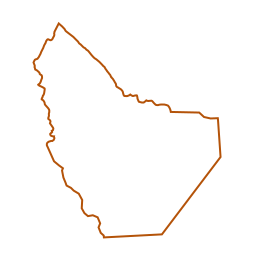 the district of Nkue, Kié-Ntem, Equatorial Guinea, rotated 87°
{"feature_id": "11065452B3926826010895", "entity_name": "Nkue", "entity_type": "district", "adm_level": 2, "iso_a3": "GNQ", "parent_name": "Equatorial Guinea", "parent_adm1": "Kié-Ntem", "projection": "orthographic", "projection_center": [10.46, 2.021], "detail": "fine", "context": "isolated", "style": "outline", "palette": "amber", "viewbox_px": 256, "rotation_deg": 87, "n_neighbors": 0, "source": "geoboundaries", "source_scale": "gbopen_adm2", "svg_char_len": 4101}
<svg xmlns="http://www.w3.org/2000/svg" viewBox="0 0 256 256"><g transform="rotate(87 128 128)"><path d="M236.0,157.8L236.0,157.7L236.0,130.0L236.0,128.3L236.0,99.7L202.6,71.5L202.1,71.1L161.8,37.1L124.6,37.7L122.9,37.8L122.8,45.0L121.0,51.5L116.3,56.1L114.2,84.4L112.9,84.6L111.6,84.9L109.5,85.7L107.8,86.8L107.1,88.3L106.5,90.4L106.3,92.9L106.3,94.1L106.4,95.6L106.7,96.6L106.7,96.9L106.7,97.2L106.5,98.6L106.4,98.7L106.4,98.8L106.3,99.0L106.1,99.3L104.7,100.6L102.4,102.4L102.0,103.1L102.0,104.5L102.1,106.3L102.0,106.6L102.0,106.9L101.6,108.0L101.4,108.3L101.7,108.6L101.9,108.8L103.2,110.7L103.2,110.8L103.3,110.9L103.3,111.1L103.4,111.4L103.4,111.5L103.3,112.8L103.2,113.0L102.6,115.1L102.4,115.4L102.3,115.6L102.2,115.7L102.2,115.8L101.9,115.9L101.7,116.1L99.4,116.9L99.2,116.9L99.0,117.0L98.0,117.0L96.4,117.3L96.0,117.4L95.8,118.0L96.0,119.8L96.3,121.0L96.3,121.5L96.2,121.8L96.1,122.0L95.4,123.2L95.3,123.3L95.2,123.4L94.8,123.9L94.7,124.0L95.4,125.1L95.5,125.3L96.0,126.8L96.0,127.1L96.1,127.4L95.9,129.3L95.9,129.6L95.8,129.8L95.7,130.0L95.5,130.3L95.3,130.4L95.1,130.5L94.9,130.6L92.9,131.1L92.7,131.1L91.6,131.3L90.5,131.8L89.4,132.7L88.7,133.4L88.1,134.4L88.0,134.5L87.2,135.6L86.4,136.9L86.1,137.1L85.9,137.3L85.5,137.5L85.2,137.6L84.0,137.7L83.0,137.9L81.9,138.6L81.7,138.7L80.2,139.4L79.0,140.1L78.1,140.6L76.5,142.0L76.3,142.0L76.2,142.2L74.1,143.0L73.1,143.8L72.0,144.5L70.4,145.7L70.3,145.8L70.2,145.8L68.9,146.6L67.7,147.4L67.5,147.5L65.8,148.3L64.8,149.5L64.7,149.5L62.9,151.0L60.5,153.1L57.8,156.0L56.6,157.7L56.4,157.9L55.1,159.1L53.1,160.7L50.0,162.9L48.7,163.9L47.7,165.3L47.5,165.5L47.3,165.7L46.1,166.6L45.2,168.1L45.0,168.3L44.8,168.5L42.1,170.9L41.0,172.3L40.7,172.5L39.1,173.4L36.7,175.6L34.2,177.8L28.1,184.9L27.8,185.1L27.6,185.3L25.8,186.2L23.1,188.5L20.0,191.7L28.1,196.4L28.6,196.5L28.9,196.5L29.7,196.8L30.8,196.7L31.1,196.7L31.5,196.8L32.7,197.3L32.8,197.4L32.9,197.5L33.9,198.1L35.0,198.7L35.2,198.9L35.4,199.0L35.9,199.6L36.0,199.7L36.1,200.0L36.2,200.3L36.3,200.5L36.2,200.8L36.2,201.1L35.2,203.2L35.3,203.7L35.6,204.1L36.8,205.1L38.7,205.9L38.8,205.9L38.9,206.0L41.1,207.4L43.9,208.6L44.0,208.7L47.7,210.8L49.4,211.5L49.5,211.6L52.5,213.4L52.7,213.5L52.8,213.6L53.9,214.7L54.0,214.7L54.2,215.0L54.3,215.3L54.4,215.5L54.6,216.6L55.0,217.4L55.9,218.0L57.0,218.6L57.6,218.9L58.6,218.6L60.7,217.9L60.8,217.9L61.2,217.9L61.5,217.9L61.6,218.0L62.0,218.1L62.5,218.1L63.3,217.8L63.5,217.8L63.7,217.7L64.7,217.6L64.8,217.5L64.8,217.4L65.6,216.1L65.8,215.8L67.8,213.8L68.2,213.6L68.5,213.5L68.6,213.4L69.4,213.3L70.0,212.7L70.6,211.8L70.8,211.6L71.0,211.4L71.5,211.3L71.8,211.2L73.1,211.2L73.5,211.2L73.8,211.3L75.2,212.0L77.1,212.7L77.3,212.8L78.5,213.5L78.8,213.7L79.1,214.0L79.8,215.1L80.1,215.4L80.3,215.3L81.1,214.3L82.2,212.2L83.2,210.5L83.3,210.4L83.4,210.2L83.8,209.7L84.1,209.5L84.5,209.3L84.5,209.2L84.9,209.2L85.2,209.2L85.3,209.2L87.8,209.7L89.5,210.1L89.8,210.3L90.8,210.8L91.1,211.1L91.3,211.3L92.3,211.6L92.5,211.7L93.3,212.1L93.9,212.5L94.7,212.7L94.9,212.7L95.1,212.4L95.2,212.2L95.3,212.0L96.0,211.2L96.3,211.0L96.4,210.9L97.7,210.2L98.0,210.1L98.3,210.0L100.0,209.8L100.8,209.3L103.9,206.8L104.0,206.7L105.4,205.9L105.8,205.8L106.2,205.7L107.9,205.8L108.1,205.8L108.3,205.9L109.6,206.3L111.1,206.3L111.3,206.3L111.6,206.3L112.9,206.7L113.0,206.8L113.9,207.1L114.7,207.1L115.1,206.7L115.6,206.1L116.1,205.6L116.4,205.4L116.8,205.2L117.2,205.2L117.5,205.1L118.5,205.4L118.9,205.6L119.2,205.7L123.9,202.8L124.7,202.6L126.1,203.0L126.9,204.3L127.7,204.0L128.1,204.0L128.7,204.6L129.2,205.4L129.8,206.0L130.5,206.0L131.5,205.5L131.9,204.8L132.4,203.5L132.5,202.4L132.8,202.5L133.9,202.1L134.6,202.1L136.0,202.8L137.0,204.3L136.9,205.4L137.5,207.8L138.1,208.8L138.9,209.6L139.8,209.9L140.6,209.9L141.3,209.9L142.1,209.5L143.9,208.8L157.4,203.6L161.9,198.7L164.8,195.1L167.0,196.1L174.1,195.1L180.3,192.9L180.6,192.9L182.3,192.3L184.8,188.1L187.7,185.5L191.0,180.6L197.5,177.5L205.8,178.4L210.7,176.0L213.9,172.6L213.3,167.7L215.6,163.0L221.8,160.8L225.7,162.6L231.3,160.7L234.1,157.9L236.0,157.8Z" fill="none" stroke="#b45309" stroke-width="2"/></g></svg>